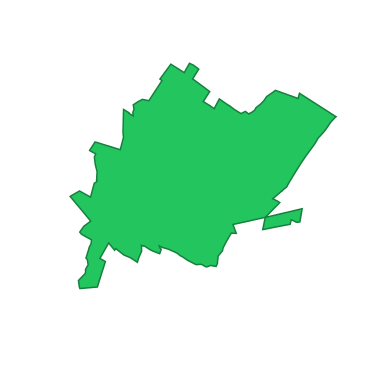 Chicxulub Pueblo, Yucatán, Mexico, rotated 115°
{"feature_id": "50627088B2024609672342", "entity_name": "Chicxulub Pueblo", "entity_type": "district", "adm_level": 2, "iso_a3": "MEX", "parent_name": "Mexico", "parent_adm1": "Yucatán", "projection": "mercator", "projection_center": [-89.518, 21.153], "detail": "fine", "context": "isolated", "style": "filled", "palette": "green", "viewbox_px": 384, "rotation_deg": 115, "n_neighbors": 0, "source": "geoboundaries", "source_scale": "gbopen_adm2", "svg_char_len": 2670}
<svg xmlns="http://www.w3.org/2000/svg" viewBox="0 0 384 384"><g transform="rotate(115 192 192)"><path d="M318.1,237.6L309.3,238.8L291.6,241.1L291.1,247.4L273.8,246.0L273.4,246.0L277.5,237.5L275.5,237.2L277.9,227.1L277.6,220.1L278.8,211.8L274.6,212.4L269.9,212.6L266.8,212.6L266.6,212.8L261.7,215.3L261.7,215.1L261.7,214.8L261.7,214.6L261.7,213.3L261.0,212.8L262.0,205.8L262.1,202.8L261.6,195.2L256.9,195.7L256.4,197.3L254.7,198.9L254.7,197.0L254.9,196.3L253.8,189.3L253.7,179.5L254.7,175.8L254.8,173.1L255.6,168.3L255.8,166.6L256.1,158.8L256.0,157.3L255.7,156.8L254.6,154.9L254.0,153.9L253.7,153.2L253.7,152.5L253.6,151.0L254.0,148.6L253.8,147.4L253.5,146.8L252.4,145.6L250.8,144.3L250.5,143.3L250.0,141.3L249.8,141.3L249.7,140.3L249.5,139.5L249.2,138.7L245.8,138.8L242.8,140.0L241.4,140.3L240.2,140.9L238.8,141.2L232.4,139.5L229.6,140.2L222.2,139.9L212.7,139.0L210.8,134.4L204.1,141.1L194.5,128.5L188.9,121.3L184.0,114.9L196.2,112.0L194.0,109.0L189.8,103.3L185.3,97.1L179.8,89.4L175.1,90.3L175.3,85.1L174.9,83.5L173.5,81.6L160.6,85.1L183.7,114.4L183.3,114.6L164.5,108.0L164.1,110.9L164.0,115.9L163.3,115.6L153.7,111.3L153.1,110.8L151.4,110.3L149.5,109.4L148.4,108.7L147.8,108.5L146.8,108.2L145.4,108.3L144.7,108.3L144.6,108.2L140.5,107.8L136.8,107.4L131.5,106.8L131.2,106.8L125.5,106.1L119.4,105.3L111.2,104.0L97.3,101.2L92.1,100.6L90.9,100.6L90.1,100.5L82.8,98.2L79.5,97.3L70.3,95.8L64.3,93.9L62.9,93.2L57.1,136.3L62.4,135.4L64.6,159.3L67.9,161.1L74.0,164.7L78.7,165.4L83.8,167.2L88.4,169.6L91.4,169.8L94.7,171.6L95.8,172.6L97.3,173.4L96.4,177.7L100.2,180.7L99.3,188.5L98.0,194.3L97.8,196.9L96.1,206.6L107.1,207.1L106.2,212.0L105.9,214.5L105.3,220.0L93.5,218.4L89.2,239.2L77.8,237.8L76.4,244.3L76.4,248.7L87.1,249.5L85.1,265.2L103.2,268.8L103.7,266.3L127.5,269.7L128.2,272.7L129.0,276.1L133.1,279.2L137.8,282.1L141.5,279.5L144.8,279.3L147.9,277.4L147.3,282.4L146.8,282.6L146.1,288.9L150.6,287.0L151.0,286.8L156.3,284.5L157.6,283.9L166.3,280.1L168.1,279.2L171.4,277.2L178.1,276.0L182.4,275.2L184.0,274.9L187.5,300.6L187.9,300.7L187.9,301.1L188.3,301.1L197.4,302.4L197.6,302.4L197.8,301.5L197.8,300.7L197.9,299.9L197.9,299.1L198.0,297.0L198.3,295.3L201.6,295.3L207.6,291.5L207.8,291.4L213.7,286.6L222.0,283.3L221.9,282.9L223.6,283.0L225.3,284.3L239.5,281.8L238.6,294.4L243.3,297.7L247.5,300.6L256.5,281.4L261.2,271.5L268.9,275.6L275.8,276.8L277.0,274.1L277.4,269.4L277.8,262.9L281.6,261.6L283.3,261.7L285.6,261.8L289.8,261.0L290.0,261.1L295.7,260.3L296.7,260.2L297.3,258.5L301.8,255.4L304.5,255.6L307.1,255.8L309.3,254.8L311.1,254.3L311.7,254.6L315.7,256.0L320.2,257.5L325.4,254.2L326.9,252.8L318.1,237.6Z" fill="#22c55e" stroke="#15803d" stroke-width="1.5"/></g></svg>